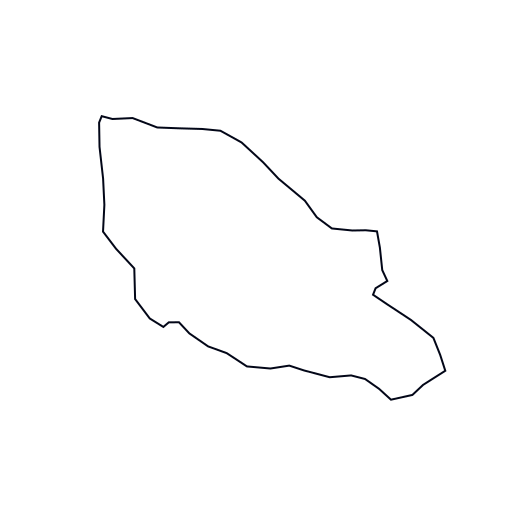 Agios Thomas, Limassol, Cyprus (Albers equal-area conic projection), rotated 157°
{"feature_id": "46923920B96977805113919", "entity_name": "Agios Thomas", "entity_type": "district", "adm_level": 2, "iso_a3": "CYP", "parent_name": "Cyprus", "parent_adm1": "Limassol", "projection": "albers", "projection_center": [32.73, 34.71], "detail": "fine", "context": "isolated", "style": "outline", "palette": "ink", "viewbox_px": 512, "rotation_deg": 157, "n_neighbors": 0, "source": "geoboundaries", "source_scale": "gbopen_adm2", "svg_char_len": 795}
<svg xmlns="http://www.w3.org/2000/svg" viewBox="0 0 512 512"><g transform="rotate(157 256 256)"><path d="M126.6,76.4L125.1,93.0L124.7,111.3L138.3,136.5L154.0,160.1L163.4,174.6L158.5,179.6L144.9,181.7L145.3,193.7L138.7,215.3L135.0,231.4L144.9,236.8L157.3,241.8L175.4,251.7L184.9,267.9L189.4,287.8L205.1,318.4L212.9,339.6L224.9,366.1L239.8,385.2L255.8,393.9L276.5,403.4L296.7,412.9L315.7,431.2L334.6,438.2L343.4,445.0L348.3,440.1L357.4,417.6L366.5,387.0L375.6,362.3L387.3,338.2L382.0,317.3L372.9,292.1L384.1,263.6L378.2,240.0L369.0,226.9L362.2,229.0L352.8,225.1L347.6,210.8L335.4,191.5L320.9,178.0L307.5,157.9L286.7,146.8L268.2,142.1L256.4,131.8L235.5,115.6L215.1,108.9L203.7,100.2L194.6,85.6L187.9,71.0L166.3,67.0L152.5,72.1L126.6,76.4Z" fill="none" stroke="#020617" stroke-width="2"/></g></svg>